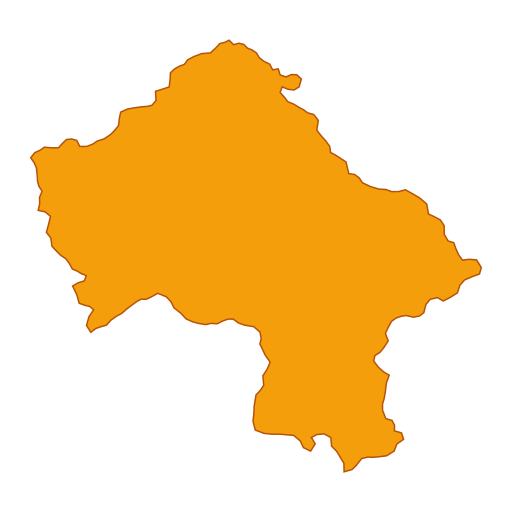 Guaraciaba, Minas Gerais, Brazil (Robinson projection)
{"feature_id": "56859067B49687475462588", "entity_name": "Guaraciaba", "entity_type": "district", "adm_level": 2, "iso_a3": "BRA", "parent_name": "Brazil", "parent_adm1": "Minas Gerais", "projection": "robinson", "projection_center": [-43.021, -20.563], "detail": "fine", "context": "isolated", "style": "filled", "palette": "amber", "viewbox_px": 512, "rotation_deg": 0, "n_neighbors": 0, "source": "geoboundaries", "source_scale": "gbopen_adm2", "svg_char_len": 3032}
<svg xmlns="http://www.w3.org/2000/svg" viewBox="0 0 512 512"><path d="M201.7,53.6L193.8,56.6L187.7,59.8L184.3,64.4L179.4,66.2L174.6,68.9L170.4,72.8L170.2,78.3L169.2,86.9L162.0,89.3L155.5,91.3L156.0,100.6L151.9,105.3L147.1,106.4L141.5,106.8L134.1,107.9L127.2,109.1L120.7,112.1L119.4,118.0L118.5,125.7L114.1,131.0L110.2,134.8L104.0,138.9L97.2,141.1L92.5,144.2L86.9,146.4L79.7,146.4L76.8,140.4L71.6,139.0L66.5,139.5L62.4,143.4L58.5,147.8L51.6,147.8L44.4,147.2L39.8,150.4L34.8,152.6L30.7,157.8L34.3,162.9L36.4,167.9L37.2,175.0L37.5,181.2L39.0,186.5L42.1,191.2L39.5,197.4L39.7,203.6L38.2,210.4L45.2,211.9L50.5,216.4L48.5,224.6L46.4,232.4L50.8,238.0L52.0,246.3L56.2,250.8L60.8,255.4L65.7,258.7L69.3,263.4L72.3,269.0L77.2,271.1L81.6,273.8L86.2,275.5L84.4,280.8L77.8,282.9L72.6,286.1L76.7,294.4L79.2,303.3L85.2,305.4L89.8,306.5L93.6,309.8L89.0,316.6L86.5,325.5L90.8,332.3L95.8,328.5L100.4,326.9L106.4,325.2L111.0,320.1L116.4,316.3L121.8,313.3L127.2,308.6L132.3,304.8L137.1,301.3L141.3,299.1L146.1,299.3L150.7,297.2L157.8,293.3L166.3,296.8L171.0,301.8L174.0,307.8L180.9,313.3L186.1,318.9L192.3,321.7L198.4,323.4L205.7,324.6L211.1,323.4L217.1,323.8L222.7,321.0L228.1,319.1L233.2,319.1L238.3,322.9L244.7,325.2L253.8,326.7L259.9,332.0L261.2,338.4L259.9,344.1L262.4,349.1L265.2,355.1L270.1,362.1L267.2,369.2L262.9,375.7L263.7,385.2L260.7,389.9L256.0,395.0L254.2,406.1L253.8,414.4L253.0,421.2L255.3,430.1L264.1,433.4L272.1,434.2L280.1,434.2L286.8,434.8L293.7,435.4L300.3,441.0L303.4,447.6L310.6,451.1L315.2,443.8L311.4,437.5L316.7,434.6L324.1,433.9L330.8,437.5L331.6,446.1L336.9,451.6L340.8,458.2L343.9,463.3L344.1,471.8L352.1,469.5L356.4,465.3L361.6,458.6L367.7,457.1L373.0,457.3L379.4,456.7L386.6,455.8L394.1,451.1L396.9,444.0L403.6,439.3L401.5,432.9L394.4,430.8L394.6,425.4L392.0,420.4L385.8,418.6L382.6,410.4L382.5,404.1L384.1,398.8L385.3,392.0L386.4,382.9L389.2,375.2L383.6,371.9L378.1,366.9L373.7,361.0L374.9,355.6L379.9,352.4L384.1,347.3L388.2,340.8L385.4,333.5L388.4,327.0L391.5,321.4L395.9,318.1L401.2,316.3L406.1,315.5L413.4,317.2L419.5,316.0L423.8,312.7L425.9,304.5L430.2,299.3L437.6,297.6L443.2,301.0L449.9,297.6L457.4,292.9L459.9,285.3L464.6,279.9L472.8,276.4L479.5,274.0L481.3,267.6L476.6,259.9L469.2,259.3L462.5,260.1L458.6,254.8L455.6,248.0L453.8,242.7L448.1,241.0L444.3,234.4L444.1,225.6L440.3,219.9L434.4,216.8L428.5,214.0L426.7,204.0L419.7,198.0L412.3,193.6L405.4,189.8L398.5,191.6L391.5,191.6L386.0,189.5L379.1,189.1L370.5,186.6L362.4,182.7L359.0,177.7L354.6,174.5L348.8,173.6L346.0,162.0L340.3,158.2L335.2,154.9L330.6,152.5L329.7,146.3L325.8,141.0L321.6,136.3L316.8,130.2L318.3,120.4L313.7,114.5L307.8,112.9L303.4,109.7L299.0,107.4L293.7,104.1L287.8,101.7L284.4,97.2L280.1,92.5L282.2,86.9L288.1,89.3L294.0,90.0L299.1,86.9L301.4,79.0L296.8,74.8L291.6,74.5L286.0,76.9L280.1,74.9L278.3,68.9L272.6,69.8L269.8,64.2L263.7,61.2L259.2,57.6L256.5,53.0L252.2,50.0L247.6,48.2L243.7,44.4L238.9,43.2L233.7,44.7L229.1,40.2L224.5,42.5L219.9,43.5L216.0,47.7L210.4,52.9L201.7,53.6Z" fill="#f59e0b" stroke="#b45309" stroke-width="1.5"/></svg>